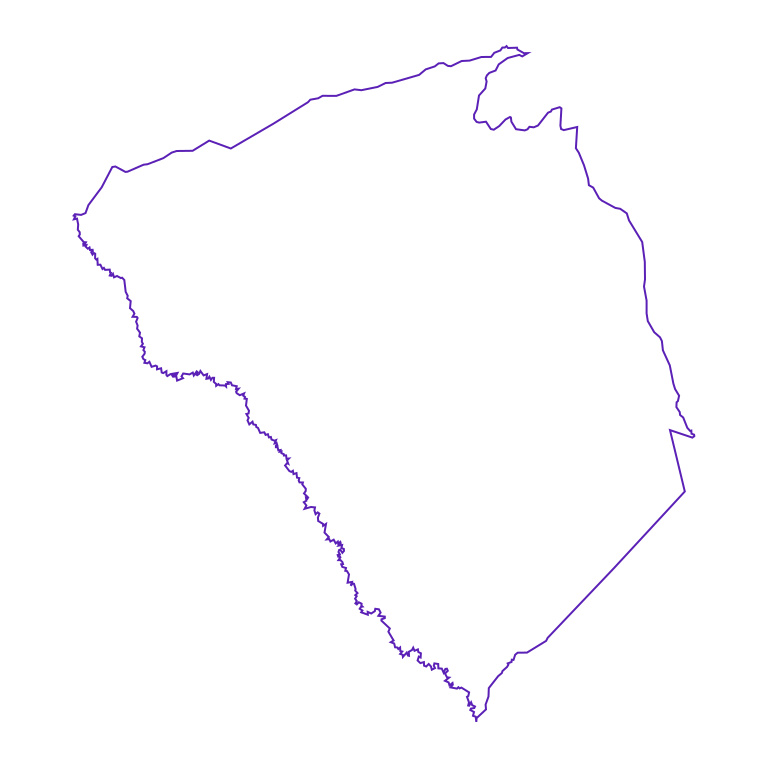 Bosconia, Cesar, Colombia
{"feature_id": "7082276B36091945670485", "entity_name": "Bosconia", "entity_type": "district", "adm_level": 2, "iso_a3": "COL", "parent_name": "Colombia", "parent_adm1": "Cesar", "projection": "robinson", "projection_center": [-73.906, 9.931], "detail": "fine", "context": "isolated", "style": "outline", "palette": "violet", "viewbox_px": 768, "rotation_deg": 0, "n_neighbors": 0, "source": "geoboundaries", "source_scale": "gbopen_adm2", "svg_char_len": 6040}
<svg xmlns="http://www.w3.org/2000/svg" viewBox="0 0 768 768"><path d="M527.8,53.1L524.0,53.2L517.4,49.5L517.0,47.7L508.0,48.0L506.5,46.1L504.9,47.5L502.4,47.5L500.4,50.4L494.3,52.8L491.1,56.9L481.4,57.0L469.6,60.6L461.7,61.0L451.0,66.2L447.9,65.9L443.5,63.1L438.6,63.4L434.8,66.4L425.7,69.4L419.1,74.9L392.1,82.7L385.6,83.0L377.7,86.9L361.4,90.2L354.5,89.4L336.3,95.9L322.6,95.8L318.1,98.3L310.3,99.7L308.0,102.2L273.4,123.7L230.8,148.5L209.2,140.6L192.6,150.8L176.7,151.0L171.7,152.6L163.4,158.1L147.6,164.2L143.6,164.7L127.5,171.7L125.4,171.9L115.4,166.5L112.3,167.0L101.7,187.3L88.4,205.1L85.5,213.1L81.1,214.9L74.9,214.2L73.7,215.7L75.3,216.4L73.9,219.3L77.0,218.6L78.2,224.5L77.8,229.7L79.7,232.2L79.8,234.5L78.7,236.2L83.7,242.1L85.9,242.3L84.8,244.3L83.3,244.0L83.4,245.6L86.4,245.1L85.7,246.7L87.8,248.7L89.5,247.5L90.0,250.0L92.6,249.8L92.8,251.1L91.2,252.2L92.5,254.6L93.8,253.0L95.2,253.7L95.1,258.3L96.3,259.6L97.4,258.9L97.7,264.8L100.4,264.7L102.5,269.0L103.9,267.9L105.1,269.9L109.7,269.6L110.1,272.4L111.0,272.8L109.8,275.5L111.6,275.8L113.0,273.9L114.0,277.3L117.0,276.0L120.9,278.1L122.1,277.7L124.3,280.0L125.7,291.9L127.7,295.8L127.2,298.3L130.7,301.1L130.0,308.2L133.2,311.0L134.4,313.6L132.6,316.8L136.8,316.9L137.6,318.0L136.1,321.7L137.6,325.5L137.1,328.7L140.0,332.6L139.3,336.4L142.0,338.3L141.8,341.8L142.9,343.8L141.0,346.4L144.5,347.3L143.4,350.1L144.8,351.7L144.6,353.7L142.3,356.8L143.5,359.2L145.3,360.1L144.4,362.8L147.4,363.3L149.4,361.8L151.6,366.8L155.6,365.6L157.1,366.4L157.0,369.3L161.1,368.3L161.7,372.5L163.2,373.1L166.4,371.2L166.4,374.9L167.3,376.1L170.5,374.1L177.5,372.9L176.6,374.6L172.2,375.4L173.0,376.7L176.3,376.4L177.1,380.6L183.0,378.2L181.5,376.4L183.2,373.5L189.6,374.4L192.8,372.6L193.8,375.5L196.7,371.4L197.6,372.2L196.1,374.5L197.2,375.2L199.1,373.9L200.4,371.0L203.6,375.4L207.1,374.1L206.4,378.8L208.2,378.5L209.4,376.7L210.9,379.9L212.4,377.8L214.1,377.8L213.8,381.9L216.1,383.9L216.2,385.8L218.4,384.1L219.4,385.3L224.9,385.5L226.1,386.6L226.0,384.1L228.5,383.9L227.7,382.2L230.8,382.5L232.0,385.3L236.7,386.2L236.0,389.1L238.6,388.7L236.1,391.8L236.7,393.2L239.8,395.2L244.1,393.4L243.2,395.6L245.0,396.9L244.5,398.6L246.8,398.9L246.0,405.6L249.0,410.8L248.5,413.5L246.4,414.0L248.7,417.9L247.5,420.3L249.3,424.4L252.5,421.7L253.3,424.4L255.9,424.9L256.3,427.0L258.0,427.9L260.2,432.9L264.3,432.3L265.6,434.9L267.9,434.2L268.9,437.4L270.9,437.0L271.5,439.5L274.4,440.7L276.0,440.1L274.7,443.3L276.5,442.7L277.3,445.3L275.9,445.5L275.9,447.2L277.6,447.2L278.3,450.3L280.4,450.0L279.7,451.7L281.5,451.3L281.4,453.1L283.9,454.3L283.9,455.5L286.1,455.4L286.5,458.7L288.9,458.5L287.0,460.4L288.2,463.7L287.1,463.1L285.1,465.5L289.4,471.1L291.3,471.9L292.9,470.8L293.5,474.1L296.5,473.1L297.0,477.6L299.3,478.1L298.7,480.6L299.5,482.4L302.9,482.5L302.3,484.4L305.8,488.8L305.7,491.0L304.0,493.4L308.1,497.5L307.4,498.7L306.0,497.9L306.4,500.7L303.8,502.2L306.4,505.5L304.6,508.8L310.9,507.0L315.0,507.4L314.4,510.4L315.6,514.2L317.7,512.4L319.4,513.6L317.9,517.6L318.2,521.0L323.0,523.9L323.1,525.8L326.0,523.9L324.5,532.6L328.8,537.0L326.8,539.4L329.2,539.1L330.4,541.5L333.7,539.7L335.7,543.4L337.8,541.6L338.2,543.6L340.3,541.9L340.7,543.2L338.7,545.6L342.1,545.0L341.4,548.1L343.8,548.9L344.0,550.9L342.4,552.8L340.2,549.6L339.1,550.0L338.5,552.0L339.8,554.3L337.7,555.0L338.3,556.7L339.9,556.4L340.4,557.3L338.5,560.1L340.5,560.1L342.4,562.1L343.0,564.1L341.2,564.3L342.3,566.9L346.0,568.0L345.3,570.8L347.0,571.1L349.0,574.4L347.6,582.7L352.0,581.9L350.7,585.7L352.9,583.4L354.0,583.8L355.6,589.0L355.2,590.6L357.5,593.1L355.3,595.1L356.7,596.2L355.1,598.7L356.8,601.1L355.4,603.4L356.8,604.4L358.8,602.3L361.6,603.7L361.4,605.5L362.5,606.6L360.9,606.9L359.7,608.8L362.4,610.5L361.2,612.3L367.8,614.7L367.7,611.9L371.2,613.5L374.8,611.2L375.3,608.8L378.9,609.3L380.6,612.6L378.4,615.8L384.8,616.6L384.8,618.1L381.5,619.3L381.4,620.6L389.8,628.5L388.4,631.7L393.6,640.5L390.8,642.2L394.2,643.5L395.1,647.3L397.4,647.5L398.3,649.0L400.1,647.5L400.3,651.0L402.2,651.5L400.2,653.9L402.7,654.8L402.9,656.9L406.7,652.6L408.0,655.6L409.0,655.8L408.8,651.8L412.0,650.0L413.2,647.7L414.5,650.8L417.9,649.4L418.3,652.0L420.9,653.3L420.6,657.5L418.8,656.6L417.6,660.5L420.4,663.1L423.9,662.1L424.1,665.7L426.2,666.5L428.7,664.0L431.0,666.5L431.8,669.7L435.0,668.1L433.8,665.7L434.4,663.4L438.2,664.0L438.4,668.4L441.8,668.6L443.6,672.7L445.4,668.9L446.9,668.7L447.8,670.8L445.0,673.6L447.0,677.3L449.1,677.6L445.0,680.8L448.6,682.4L449.5,685.4L452.5,683.0L452.8,684.7L450.6,687.4L457.0,688.6L458.4,687.2L459.6,688.4L461.4,687.6L469.1,692.4L468.3,696.0L467.0,696.8L469.0,702.4L468.2,705.5L469.2,705.7L471.1,702.3L472.2,705.2L475.0,706.5L474.3,708.0L470.9,708.6L470.3,710.0L474.0,712.0L473.0,715.8L475.7,716.7L476.3,721.9L476.6,718.1L486.0,709.4L485.6,704.6L488.5,696.5L488.8,688.1L498.2,676.1L501.8,673.1L502.5,671.0L507.0,667.0L508.4,664.7L507.7,663.4L511.5,662.0L511.8,659.7L513.5,659.9L515.2,654.7L517.7,652.7L527.0,652.6L546.1,640.9L547.7,637.8L613.9,568.2L684.8,491.5L670.0,430.1L692.4,437.6L694.3,436.2L694.1,434.7L691.5,433.7L691.3,430.6L690.2,431.0L687.3,427.8L683.2,417.5L680.1,415.0L679.7,412.0L676.4,407.1L676.6,402.3L677.9,401.1L679.1,395.7L675.1,389.1L673.4,383.7L669.8,365.4L662.9,350.3L661.9,341.1L660.0,337.3L654.2,332.2L647.8,321.1L646.6,313.4L646.6,300.7L644.0,286.5L645.0,279.4L644.8,261.9L642.2,242.0L629.0,220.4L626.8,213.4L620.2,208.8L615.3,207.9L602.0,200.7L599.1,198.3L593.2,187.6L588.9,185.2L588.1,178.6L584.0,165.3L578.8,152.7L575.9,148.2L577.2,127.0L563.8,130.1L561.1,129.0L560.4,125.6L561.4,108.4L559.7,107.2L551.9,109.6L550.9,111.5L548.0,112.7L538.0,125.5L533.8,127.3L529.4,126.8L527.5,129.3L524.8,130.4L516.0,129.2L511.4,121.7L510.9,117.5L510.0,117.0L505.5,119.5L499.2,126.1L493.8,129.7L490.8,129.0L486.0,121.7L479.2,122.6L476.6,121.9L474.1,118.6L474.1,114.5L476.8,109.4L479.0,95.5L485.3,88.5L486.6,81.5L485.7,78.2L486.9,75.4L489.3,72.9L495.6,70.5L498.7,64.4L507.7,58.0L519.3,54.9L522.2,56.4L527.8,53.1Z" fill="none" stroke="#5b21b6" stroke-width="2"/></svg>